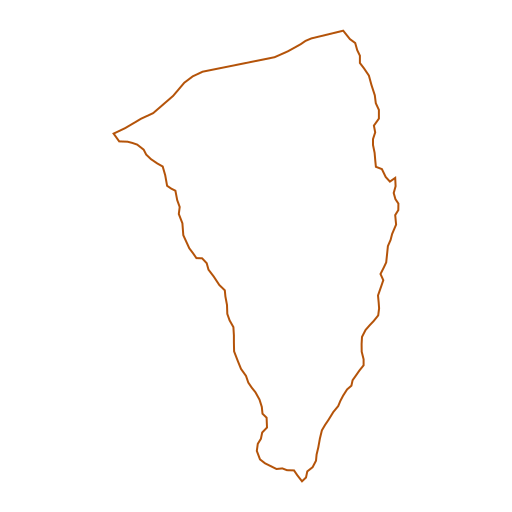 Santa Albertina, São Paulo, Brazil (Equal Earth projection)
{"feature_id": "56859067B20515811466790", "entity_name": "Santa Albertina", "entity_type": "district", "adm_level": 2, "iso_a3": "BRA", "parent_name": "Brazil", "parent_adm1": "São Paulo", "projection": "equal_earth", "projection_center": [-50.724, -20.031], "detail": "fine", "context": "isolated", "style": "outline", "palette": "amber", "viewbox_px": 512, "rotation_deg": 0, "n_neighbors": 0, "source": "geoboundaries", "source_scale": "gbopen_adm2", "svg_char_len": 1824}
<svg xmlns="http://www.w3.org/2000/svg" viewBox="0 0 512 512"><path d="M113.6,133.6L119.2,141.4L127.5,141.7L132.2,142.9L137.2,144.6L143.7,149.7L146.2,154.6L150.9,159.1L157.2,163.4L162.7,166.5L165.2,175.2L167.1,185.8L171.2,188.6L175.4,190.7L177.2,200.1L179.7,207.0L178.8,214.0L182.4,223.3L183.3,235.2L189.3,248.3L193.0,253.2L196.4,258.1L202.1,258.3L206.7,263.2L208.5,269.7L213.7,276.5L219.3,285.0L224.8,290.3L225.4,296.5L227.0,305.0L227.3,313.9L229.6,320.4L233.4,327.1L233.9,335.5L233.9,342.5L234.1,351.4L237.8,361.0L241.0,368.9L246.0,375.9L248.3,382.6L251.7,387.6L255.4,392.2L259.5,399.6L261.8,406.9L262.5,413.7L266.6,417.7L267.0,427.5L262.2,432.5L260.9,438.8L257.8,443.8L256.8,450.9L260.0,459.4L265.0,463.3L276.5,469.0L282.3,468.4L287.0,470.2L294.0,470.4L297.2,475.1L302.0,481.3L306.0,477.5L307.3,471.4L312.6,467.2L316.0,460.7L316.6,454.5L318.3,447.4L319.9,438.5L321.9,430.3L325.2,424.7L328.4,420.0L333.4,411.9L338.2,406.1L340.4,400.8L343.2,395.5L347.1,389.4L351.4,385.7L352.6,380.2L355.8,375.7L359.5,370.4L363.6,365.3L363.6,359.3L361.7,351.7L361.6,344.0L362.0,336.9L365.6,329.9L369.9,325.0L373.7,321.0L378.2,315.4L379.1,308.4L378.7,302.8L378.0,295.5L381.0,286.9L383.3,280.2L380.5,274.0L383.8,267.5L386.2,262.4L386.9,255.8L387.9,246.1L390.6,239.9L392.1,234.0L396.1,224.6L395.2,215.1L398.3,210.1L398.4,203.6L395.4,199.1L393.7,193.0L395.6,186.2L395.2,177.9L389.9,181.6L385.7,177.0L381.9,169.1L375.9,166.8L375.3,160.9L374.6,152.8L373.0,145.0L373.0,139.1L375.2,132.4L373.9,125.6L378.9,118.6L378.9,109.9L375.8,103.2L374.8,95.3L371.4,84.8L368.9,75.6L364.1,68.5L359.9,63.0L359.9,55.7L357.2,50.1L355.2,43.0L349.9,39.1L343.2,30.7L311.4,38.4L305.5,40.9L300.7,44.2L287.9,51.3L274.6,57.2L202.6,71.7L192.8,76.3L184.3,82.7L173.1,95.9L153.2,113.1L141.1,118.7L125.2,128.1L113.6,133.6Z" fill="none" stroke="#b45309" stroke-width="2"/></svg>